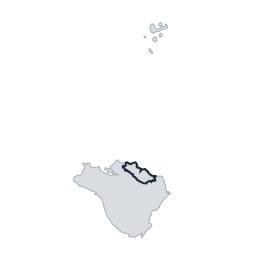 Manabi highlighted on a map of Ecuador, rotated 96°
{"feature_id": "ECU-1282", "entity_name": "Manabi", "entity_type": "Province", "adm_level": 1, "iso_a3": "ECU", "parent_name": "Ecuador", "parent_adm1": "", "projection": "natural_earth1", "projection_center": [-80.093, -0.733], "detail": "fine", "context": "in_parent", "style": "outline", "palette": "slate", "viewbox_px": 256, "rotation_deg": 96, "n_neighbors": 0, "source": "natural_earth", "source_scale": "10m", "svg_char_len": 7048}
<svg xmlns="http://www.w3.org/2000/svg" viewBox="0 0 256 256"><g transform="rotate(96 128 128)"><path d="M235.6,102.7L234.9,103.2L233.1,103.4L231.7,102.9L231.1,102.9L231.1,103.5L232.9,104.8L233.8,107.3L235.1,108.8L235.9,109.5L236.0,110.0L235.7,111.0L235.6,111.8L236.1,115.6L235.8,115.8L234.8,115.8L234.0,115.1L231.9,124.4L225.0,133.6L217.2,140.1L208.3,143.9L201.7,146.5L200.6,147.5L197.4,152.1L197.3,152.6L197.7,153.4L197.7,153.9L197.3,154.2L196.9,154.2L196.7,154.0L196.5,153.4L196.1,152.9L195.6,152.7L195.3,152.8L195.3,153.4L194.6,155.9L194.6,157.1L194.3,157.5L194.3,158.6L193.6,159.6L193.1,161.3L192.6,161.8L191.9,164.4L190.9,167.0L190.8,167.9L191.1,168.5L191.2,169.0L190.8,170.6L188.5,172.2L187.9,172.9L187.6,173.8L187.8,174.5L187.7,175.1L187.0,175.4L186.2,176.8L185.7,177.1L184.2,176.6L183.1,176.6L182.3,176.2L180.7,173.7L180.0,172.3L179.9,170.3L178.3,169.0L176.2,169.3L175.5,168.8L174.0,168.0L172.7,167.0L171.7,166.5L170.9,166.8L169.6,168.4L168.4,169.1L167.9,169.1L167.2,168.6L167.1,168.0L168.8,165.2L167.5,165.2L167.1,164.6L167.0,163.9L166.8,163.1L167.0,162.2L167.7,161.7L168.8,162.1L169.5,162.1L170.0,161.3L170.9,160.6L171.1,160.2L170.6,158.8L170.5,158.1L170.6,157.6L170.6,156.1L170.3,155.6L170.3,154.7L170.0,154.3L169.9,153.3L169.2,152.7L171.4,151.7L172.2,151.0L173.1,150.3L174.0,149.2L174.5,148.2L175.8,143.4L177.1,140.4L176.8,138.9L175.8,137.0L175.6,134.1L175.7,133.2L175.6,132.6L174.9,133.8L175.1,138.0L174.5,139.9L173.6,140.4L173.1,140.0L173.4,136.9L172.8,137.5L171.8,139.6L170.2,141.2L170.1,141.7L169.7,142.3L168.5,141.7L167.6,141.1L164.5,137.6L162.4,136.9L161.2,135.6L161.0,135.1L160.8,134.4L162.1,133.7L163.3,132.7L163.5,130.5L163.4,128.8L162.5,125.9L162.9,122.1L162.7,120.7L161.6,117.5L162.4,115.9L165.3,114.7L166.2,114.0L166.8,111.5L167.5,110.0L168.8,110.6L169.8,110.5L168.4,110.0L167.3,107.7L167.1,106.7L169.3,103.6L170.4,102.8L171.7,101.1L172.9,98.7L173.2,94.8L172.7,92.0L172.3,89.1L173.0,88.3L174.8,87.9L176.2,87.0L176.9,86.1L178.6,86.2L180.5,84.9L183.7,84.2L188.0,82.7L189.0,81.3L188.5,78.9L190.1,80.3L190.9,81.5L193.1,82.8L195.7,85.1L197.5,86.3L199.4,87.3L202.1,88.5L203.8,88.3L204.5,90.0L205.1,90.5L206.7,91.1L206.9,91.3L207.5,94.6L207.8,95.0L209.2,95.6L210.8,95.7L211.5,95.6L213.0,96.5L215.3,97.3L216.1,97.4L216.5,97.2L216.6,96.9L217.3,97.0L218.3,97.4L219.7,97.5L220.6,97.1L220.8,95.3L221.1,94.9L222.1,94.2L222.6,94.3L225.3,95.8L225.9,96.3L226.5,97.3L227.8,98.7L229.2,99.7L231.3,100.1L233.3,101.6L235.6,102.7ZM24.9,100.7L25.8,101.6L26.2,104.4L28.8,107.4L29.2,109.1L28.9,109.8L29.1,110.1L30.3,111.3L31.2,112.5L29.8,115.4L26.8,116.6L23.6,116.6L23.0,116.2L22.2,115.1L22.0,114.2L22.5,113.2L24.1,111.8L26.6,110.5L26.9,109.6L25.9,108.6L25.2,106.7L23.7,105.4L22.9,101.4L22.3,101.2L21.3,101.8L20.7,101.3L20.7,101.0L21.8,100.1L22.1,99.4L23.8,99.1L24.5,99.7L24.9,100.7ZM37.3,112.8L36.6,112.8L34.6,111.4L34.7,109.9L35.5,108.9L38.2,108.4L39.3,109.4L39.2,111.1L38.3,112.4L37.6,112.6L37.3,112.8ZM171.8,146.4L171.5,147.0L170.3,146.9L169.9,146.7L170.2,143.9L170.5,143.0L171.6,142.2L172.4,141.7L173.5,141.8L174.7,142.6L173.3,144.0L172.3,144.4L171.8,146.4ZM22.9,108.1L21.6,108.3L20.5,107.8L20.0,107.0L19.9,105.8L20.0,105.4L22.5,104.9L23.3,106.0L23.3,107.5L22.9,108.1ZM49.4,114.9L47.8,115.6L46.9,115.0L46.9,114.6L47.7,113.7L48.6,113.1L49.3,112.1L50.7,111.4L51.1,111.6L51.4,111.8L51.5,112.2L51.0,113.0L50.2,113.6L49.4,114.9ZM34.1,106.1L33.5,106.6L31.0,106.1L30.3,105.2L30.9,104.0L31.4,103.5L32.9,103.9L34.4,105.3L34.1,106.1ZM36.1,121.5L35.6,121.5L34.9,120.9L35.4,119.7L36.5,120.3L36.7,120.7L36.1,121.5ZM187.9,81.9L187.1,82.1L186.8,81.3L187.7,80.5L188.0,80.3L187.9,81.9Z" fill="#d9dde1" stroke="#a8b0b8" stroke-width="1"/><path d="M162.7,126.6L162.5,126.0L162.3,125.7L162.2,125.5L162.2,125.3L162.3,125.1L162.7,124.7L162.7,124.4L162.7,123.9L162.8,123.8L163.0,123.6L163.3,123.6L163.4,123.4L163.4,123.2L163.4,122.9L163.5,122.6L163.4,122.3L163.5,122.0L163.7,121.9L163.7,121.5L163.3,120.9L162.5,119.8L161.9,118.5L161.6,117.7L161.4,117.3L161.5,117.0L161.7,116.8L161.8,116.6L162.0,116.4L162.1,116.2L162.4,115.9L162.5,115.7L162.9,115.5L163.1,115.5L163.3,115.4L163.5,115.3L163.8,115.3L164.0,115.2L163.9,115.4L164.2,115.5L164.4,115.5L164.5,115.4L164.7,115.2L164.9,115.1L165.0,115.3L165.4,115.4L165.7,115.3L166.0,115.0L166.3,114.6L166.5,113.6L166.5,113.3L166.7,112.4L166.9,111.6L167.2,110.9L167.4,110.5L167.5,110.4L167.8,110.3L167.9,110.2L168.0,110.6L168.1,110.9L168.5,111.1L168.8,111.1L169.6,111.1L169.2,110.8L168.8,110.7L168.5,110.7L168.3,110.6L168.2,110.2L168.0,109.8L167.8,109.7L167.7,109.5L167.7,109.2L167.6,108.8L167.5,108.3L167.3,107.8L167.1,107.5L167.0,106.9L167.1,106.6L167.4,106.6L167.8,106.2L168.2,105.5L168.3,105.2L168.5,104.7L168.6,104.4L168.9,104.3L169.1,104.0L169.2,103.7L169.5,103.9L169.8,103.8L170.1,103.5L170.4,103.2L171.2,102.2L171.8,101.3L172.1,100.9L172.2,100.6L172.2,100.4L172.3,100.4L172.6,100.3L172.8,99.7L172.9,99.2L173.0,98.4L173.0,98.0L172.9,97.3L172.9,96.2L173.0,95.8L173.0,95.7L173.2,95.8L173.3,95.9L173.3,96.1L173.4,95.9L173.5,95.8L173.8,96.7L174.0,97.0L174.3,97.1L174.5,97.1L174.6,96.9L174.8,96.6L174.9,96.4L174.9,96.2L175.0,96.2L175.5,96.2L175.9,96.1L176.1,96.1L176.3,95.9L176.6,95.5L176.8,95.4L177.0,95.3L177.3,95.5L177.5,95.6L177.5,95.8L177.3,96.0L177.2,96.3L177.3,96.4L177.3,96.5L178.0,97.0L178.0,97.3L177.9,97.4L177.8,97.5L177.7,97.6L177.4,98.1L177.5,98.3L177.7,98.5L177.8,98.4L178.0,98.4L178.0,98.5L178.1,98.8L178.3,98.7L178.5,98.8L178.8,99.1L179.0,99.2L179.2,99.3L178.8,99.8L178.8,100.0L178.7,100.1L178.6,100.3L178.5,100.5L178.6,100.8L178.8,101.3L178.7,101.4L178.7,101.5L178.7,102.0L178.8,102.1L179.0,102.3L179.3,102.6L179.8,103.1L180.1,103.5L180.7,103.7L180.8,103.7L181.0,103.7L181.2,103.8L181.2,104.2L181.3,106.9L181.3,107.1L181.2,107.3L180.8,108.1L180.7,108.4L180.7,108.6L180.6,109.0L180.3,109.3L180.2,110.0L180.1,110.4L179.8,111.0L179.6,111.6L179.4,111.8L179.2,111.9L179.0,112.1L178.9,112.3L178.8,113.4L178.5,114.0L177.7,114.2L177.4,114.2L177.3,114.3L177.2,114.5L176.7,115.3L176.6,115.5L176.5,115.8L176.3,116.0L176.2,116.0L176.2,116.3L176.1,116.5L176.0,116.8L175.8,117.0L175.6,117.4L175.4,117.6L174.8,118.3L174.6,118.4L174.3,118.5L174.2,118.4L173.9,118.4L173.8,118.2L173.7,118.1L173.6,118.3L173.5,118.5L173.4,118.8L173.3,119.1L173.2,119.6L172.9,120.4L172.8,120.6L172.3,121.1L172.0,121.2L171.9,121.4L171.8,121.6L171.7,121.9L171.8,122.3L171.7,122.4L171.4,122.5L171.2,122.7L171.0,122.9L170.9,123.0L170.8,123.4L170.8,123.6L170.9,123.8L170.9,124.0L171.1,124.2L171.1,124.3L171.0,124.5L170.6,124.8L169.8,124.9L169.8,125.1L170.0,125.4L170.1,125.5L170.3,125.6L170.5,125.7L170.5,125.8L170.5,126.1L170.6,126.5L170.4,126.7L169.9,126.7L169.7,126.8L169.4,126.8L169.3,126.7L169.2,126.8L168.9,127.1L168.7,127.3L168.4,127.5L168.2,127.8L168.1,128.0L167.9,128.3L167.9,128.5L167.8,128.8L167.8,129.0L167.7,129.0L167.2,129.1L166.7,129.1L166.4,129.0L166.2,128.9L166.1,128.7L166.1,128.3L166.1,128.2L166.3,127.9L166.4,127.4L166.4,127.2L166.1,126.9L166.1,126.7L165.9,126.4L165.5,126.3L165.3,126.3L164.8,126.5L164.5,126.5L163.6,126.5L163.4,126.5L163.1,126.5L162.7,126.6L162.7,126.6Z" fill="none" stroke="#1e293b" stroke-width="2"/></g></svg>